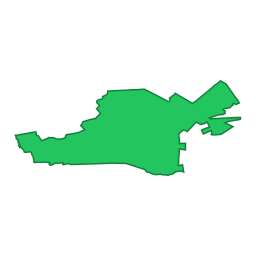 Krišjāņu pag., Balvu, Latvia
{"feature_id": "27541924B18316673123467", "entity_name": "Krišjāņu pag.", "entity_type": "district", "adm_level": 2, "iso_a3": "LVA", "parent_name": "Latvia", "parent_adm1": "Balvu", "projection": "natural_earth1", "projection_center": [27.279, 56.822], "detail": "fine", "context": "isolated", "style": "filled", "palette": "green", "viewbox_px": 256, "rotation_deg": 0, "n_neighbors": 0, "source": "geoboundaries", "source_scale": "gbopen_adm2", "svg_char_len": 5378}
<svg xmlns="http://www.w3.org/2000/svg" viewBox="0 0 256 256"><path d="M239.3,103.0L236.7,98.8L235.0,96.9L234.0,95.4L231.9,92.3L229.4,88.8L226.9,85.2L226.3,84.2L224.0,82.8L220.5,80.8L219.1,81.9L216.0,84.6L215.3,84.7L210.6,88.9L210.0,89.4L205.1,93.5L202.3,95.7L199.2,98.4L197.3,99.9L196.4,100.6L195.4,101.5L193.9,102.4L193.1,102.9L192.4,103.4L191.9,103.1L191.7,103.0L191.6,102.9L189.5,101.8L184.6,98.8L181.8,97.2L181.7,97.1L180.9,96.7L175.3,93.3L175.0,93.3L174.5,94.4L174.3,94.5L173.7,95.0L173.4,95.4L173.1,95.6L172.9,95.7L172.2,96.0L171.9,96.1L171.8,96.3L171.7,96.4L171.6,96.7L171.4,97.0L171.1,97.2L170.3,97.4L169.9,97.8L169.5,98.5L169.9,99.3L169.9,99.9L170.0,100.4L169.9,100.7L169.1,101.4L168.8,101.6L168.0,101.4L160.6,97.5L159.1,96.7L146.5,90.3L145.2,89.6L144.5,89.2L144.4,89.2L142.0,89.3L136.8,89.7L133.3,89.8L133.2,89.9L133.1,90.0L132.2,89.6L131.5,89.8L130.8,89.8L127.1,90.2L125.4,90.2L114.3,90.7L107.7,91.1L107.6,92.9L107.6,93.0L107.1,94.2L107.0,94.6L106.4,94.9L102.8,96.4L102.7,96.4L102.6,96.5L102.6,97.0L102.6,97.9L102.6,98.5L102.5,98.8L102.3,99.0L102.1,99.1L99.0,99.6L98.8,99.7L98.5,99.9L98.3,100.0L97.9,100.3L97.0,100.9L96.9,101.0L96.7,101.7L96.7,102.1L96.9,102.6L97.0,102.9L97.8,103.7L99.2,105.1L99.3,105.2L99.2,105.6L99.1,105.9L98.1,107.2L97.0,108.5L96.8,108.6L96.6,108.7L99.4,112.1L100.4,113.5L96.4,117.5L95.7,118.4L91.2,119.3L87.3,120.4L83.3,121.7L82.9,121.8L82.0,123.9L81.6,124.5L80.7,125.5L84.7,129.8L81.7,131.1L80.9,131.5L78.7,132.5L73.4,133.6L72.5,133.7L70.8,134.0L69.5,134.2L68.2,134.3L67.7,134.4L66.3,134.8L66.1,135.0L65.8,135.6L65.6,136.0L65.2,137.8L62.4,138.7L62.1,139.0L56.5,139.1L56.3,139.1L56.2,139.1L55.9,138.9L54.9,138.2L54.6,138.0L54.2,137.9L53.3,137.7L52.4,137.6L52.0,137.6L50.8,137.7L50.4,137.7L48.9,137.6L48.6,137.5L48.4,137.7L47.1,138.6L46.5,138.8L45.1,139.4L41.7,140.8L40.7,139.4L40.3,138.8L39.0,136.9L38.2,135.7L36.5,135.3L35.8,131.8L16.8,135.2L15.4,135.3L15.7,135.7L15.9,136.3L16.3,138.2L16.4,139.0L16.6,139.0L16.8,139.0L17.3,139.3L17.4,139.5L17.5,139.8L18.0,139.9L18.1,140.0L17.8,140.2L17.7,140.4L17.7,140.5L17.8,140.7L18.4,141.0L18.6,141.3L18.6,141.7L18.8,141.8L18.5,142.2L18.3,142.4L18.2,142.6L18.3,142.7L18.3,142.8L18.3,143.0L18.5,143.2L19.0,143.7L19.6,144.3L19.6,144.5L19.3,144.7L19.0,144.8L18.6,145.2L18.5,145.5L18.8,145.8L19.0,145.7L19.3,145.6L19.6,145.6L19.9,145.5L20.1,145.6L20.2,145.8L19.8,146.1L19.5,146.4L19.5,146.5L19.8,146.9L19.7,147.0L19.6,147.3L19.6,147.6L19.9,147.7L20.3,147.4L20.6,147.3L21.0,147.3L21.3,147.4L21.5,147.6L21.7,147.9L21.8,148.3L22.0,148.4L22.4,148.9L23.6,149.9L23.8,150.2L23.9,150.5L24.0,150.8L24.0,151.3L24.2,152.0L25.1,152.2L26.0,152.3L26.6,152.3L27.5,152.1L28.2,151.9L28.5,151.9L29.0,151.9L29.9,151.9L30.3,152.0L30.8,152.1L31.1,152.2L31.3,152.4L31.4,152.6L31.5,152.9L31.6,153.1L31.8,154.1L31.9,154.8L32.2,155.2L32.8,156.1L33.0,156.4L33.1,156.7L33.4,158.4L33.6,159.3L33.8,159.9L34.0,160.5L34.1,160.9L34.1,161.0L33.8,161.6L33.7,161.8L33.8,162.0L34.3,162.4L35.0,162.5L35.7,162.5L36.1,162.5L37.3,162.2L37.9,162.2L38.8,162.2L39.9,162.3L40.4,162.3L43.4,162.1L44.4,162.0L45.1,162.1L45.5,162.1L47.0,162.3L49.4,162.4L49.6,162.4L49.8,162.5L49.9,162.8L49.9,163.1L49.3,163.7L49.2,163.9L49.2,164.1L49.2,164.4L49.2,164.5L49.5,164.8L50.2,165.1L50.6,165.1L51.0,165.1L51.4,165.1L51.8,165.0L52.3,164.8L52.7,164.6L53.2,164.2L53.4,164.1L54.0,163.8L55.2,163.3L56.0,163.0L56.3,163.0L58.1,163.3L61.7,162.8L62.3,162.7L62.5,162.7L62.9,162.8L63.1,163.0L63.3,163.2L63.4,163.4L63.3,163.7L62.7,164.1L62.7,164.3L62.9,164.5L63.4,164.6L63.7,164.6L64.3,164.6L64.9,164.4L66.0,164.1L67.7,163.6L67.9,163.5L68.4,163.6L68.7,163.7L69.2,164.0L70.6,164.5L70.8,164.5L71.2,164.5L79.5,164.3L79.7,164.2L85.6,164.1L106.4,163.4L107.8,163.3L108.4,163.3L109.3,163.2L111.6,163.2L114.6,163.1L118.7,163.3L124.7,163.4L125.7,163.4L127.7,164.0L129.7,164.6L135.1,166.4L140.2,168.0L141.0,168.2L141.2,168.3L144.4,169.4L144.7,169.5L144.9,169.5L145.0,169.7L145.4,170.2L146.3,171.5L146.5,171.7L146.6,171.8L146.8,171.9L147.1,172.0L149.7,172.5L149.8,172.5L150.6,173.1L151.1,173.4L155.2,174.6L155.4,174.6L155.8,174.6L156.9,174.6L157.4,174.6L159.1,174.2L159.5,174.2L160.1,174.2L161.2,174.5L161.6,174.6L164.7,174.9L168.3,175.2L169.1,174.8L172.2,174.2L176.0,171.7L176.3,171.6L177.9,171.4L181.0,171.0L183.7,172.0L182.5,164.8L179.7,165.4L178.4,165.6L178.5,163.3L178.6,161.7L178.7,158.4L179.1,153.7L179.3,149.0L180.6,149.2L185.5,149.9L185.5,148.1L185.4,145.2L185.5,143.3L180.6,143.5L179.4,143.7L179.5,140.6L179.3,140.5L179.4,138.0L179.3,137.8L179.3,137.7L178.7,137.1L178.7,136.7L178.8,135.9L179.0,134.2L179.0,133.8L179.1,133.6L179.9,133.0L182.6,130.6L182.8,130.4L183.1,130.2L183.4,129.8L184.1,130.1L186.2,130.9L187.2,131.6L190.5,128.2L192.8,125.8L192.8,125.7L196.3,122.1L200.6,124.5L204.8,123.4L207.2,122.1L207.8,123.2L209.6,127.2L208.6,127.5L206.0,128.2L201.6,130.0L203.0,133.3L203.3,134.0L211.1,130.5L211.4,131.1L211.5,131.3L211.6,131.5L211.4,134.7L214.7,134.9L220.6,134.4L220.9,134.4L225.8,131.3L233.0,126.6L230.2,125.3L229.4,124.9L229.2,124.9L224.8,122.9L229.0,121.3L240.3,119.4L240.6,117.5L236.2,117.5L213.5,118.7L213.4,118.6L212.8,118.8L212.1,118.8L211.0,118.9L210.5,118.9L209.1,118.0L211.6,117.2L213.3,116.6L218.4,114.9L223.4,114.4L224.0,113.8L225.1,113.5L225.0,110.8L223.3,110.2L223.2,109.5L224.3,108.6L229.7,107.8L230.6,106.9L231.3,106.3L233.1,105.0L233.0,103.6L233.8,103.4L236.2,104.6L237.4,103.7L239.3,103.0Z" fill="#22c55e" stroke="#15803d" stroke-width="1.5"/></svg>